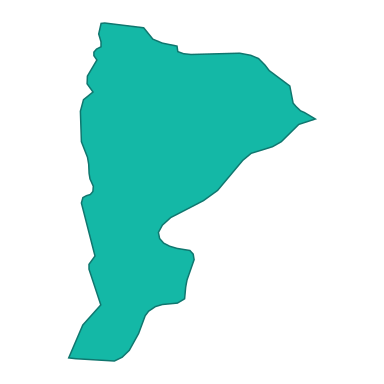 SVG path tracing the border of Balqa
{"feature_id": "JOR-857", "entity_name": "Balqa", "entity_type": "Province", "adm_level": 1, "iso_a3": "JOR", "parent_name": "Jordan", "parent_adm1": "", "projection": "orthographic", "projection_center": [35.66, 31.936], "detail": "fine", "context": "isolated", "style": "filled", "palette": "teal", "viewbox_px": 384, "rotation_deg": 0, "n_neighbors": 0, "source": "natural_earth", "source_scale": "10m", "svg_char_len": 1038}
<svg xmlns="http://www.w3.org/2000/svg" viewBox="0 0 384 384"><path d="M68.7,357.9L82.8,325.0L100.8,304.9L89.0,269.2L89.0,264.3L95.0,256.0L81.4,203.0L82.9,197.6L86.4,195.7L90.3,194.5L92.9,191.5L93.3,186.2L90.0,178.9L89.1,173.4L88.7,164.3L87.5,157.3L81.4,141.7L80.4,111.2L83.5,99.7L93.0,92.0L87.1,83.8L87.4,76.1L96.9,60.0L93.9,55.7L93.9,52.1L96.5,49.1L101.0,46.8L101.0,41.8L98.7,34.0L101.1,23.4L104.7,23.0L143.7,27.8L152.9,39.2L162.3,43.1L177.0,46.1L177.8,51.6L183.5,53.7L191.0,54.5L239.7,53.2L250.8,55.3L258.6,58.6L265.0,65.1L269.2,70.6L289.8,86.0L293.1,103.1L296.0,106.5L300.5,110.8L304.4,112.5L315.3,119.0L298.8,124.4L281.3,141.7L272.5,146.7L251.2,153.3L242.8,160.3L217.6,190.4L203.5,200.6L170.8,217.5L162.4,225.1L158.4,232.4L159.6,238.5L163.6,243.1L169.6,246.2L177.0,248.4L189.9,250.5L193.2,254.1L194.1,259.7L187.0,280.0L185.7,287.0L184.6,298.8L177.4,303.1L162.4,304.5L155.4,306.6L148.6,311.2L145.2,315.7L138.6,333.5L129.3,350.3L122.2,357.2L114.4,361.0L75.6,358.7L68.7,357.9Z" fill="#14b8a6" stroke="#0f766e" stroke-width="1.5"/></svg>